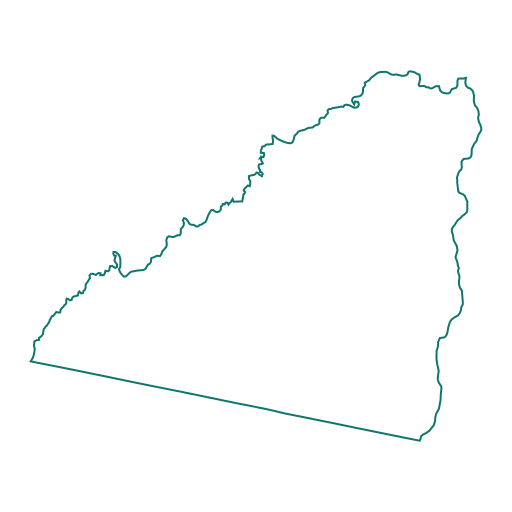 the district of Luciara, Mato Grosso, Brazil
{"feature_id": "56859067B22609509698935", "entity_name": "Luciara", "entity_type": "district", "adm_level": 2, "iso_a3": "BRA", "parent_name": "Brazil", "parent_adm1": "Mato Grosso", "projection": "natural_earth1", "projection_center": [-50.968, -10.98], "detail": "fine", "context": "isolated", "style": "outline", "palette": "teal", "viewbox_px": 512, "rotation_deg": 0, "n_neighbors": 0, "source": "geoboundaries", "source_scale": "gbopen_adm2", "svg_char_len": 5583}
<svg xmlns="http://www.w3.org/2000/svg" viewBox="0 0 512 512"><path d="M465.9,77.8L463.7,78.5L460.4,78.5L458.3,78.6L457.5,80.5L457.4,85.7L456.0,87.9L451.8,89.1L450.0,92.5L448.5,93.4L446.3,93.4L443.8,93.0L441.8,92.1L440.2,90.5L439.6,88.7L439.0,86.2L435.9,86.2L431.9,88.4L430.1,88.3L428.6,87.4L426.2,87.2L424.3,85.9L421.1,86.1L419.5,86.2L418.6,84.7L419.5,81.9L420.1,79.2L419.8,76.7L419.5,74.6L417.6,74.1L414.2,72.1L410.1,71.3L408.5,71.9L407.5,74.4L405.5,75.5L403.0,75.8L401.4,75.7L396.0,74.4L393.9,74.8L391.9,74.7L390.6,74.1L387.4,72.3L385.4,71.8L381.7,72.0L379.7,72.1L377.4,73.1L375.4,74.5L373.1,76.4L371.3,77.5L369.5,79.9L368.1,80.9L364.7,82.7L365.3,85.2L364.1,86.7L363.0,88.2L363.0,91.4L362.6,93.3L361.7,94.7L360.1,96.0L357.9,96.6L356.4,96.7L354.4,97.0L353.1,97.9L352.1,99.6L352.1,101.2L354.2,104.4L355.1,101.5L358.0,101.9L358.9,104.3L358.0,106.7L356.5,107.5L354.1,107.7L349.5,105.3L347.6,104.9L346.0,104.7L344.4,105.2L343.4,106.9L341.0,106.6L337.4,107.4L332.9,108.0L330.8,109.0L328.7,109.2L327.6,110.5L327.9,113.1L326.2,115.1L324.2,117.8L321.4,117.7L320.1,118.5L319.3,120.1L319.5,123.1L318.2,124.6L315.7,125.2L314.2,126.2L312.4,127.6L308.9,127.8L307.0,128.5L304.6,129.8L300.1,130.8L298.3,131.6L296.8,133.7L294.6,135.6L293.7,139.5L292.8,141.7L291.7,142.8L290.3,143.3L287.0,142.8L283.0,141.5L279.4,139.8L277.2,138.6L275.2,136.8L274.0,135.8L272.5,135.6L272.5,137.4L273.1,140.7L272.7,143.9L268.9,144.5L267.5,144.4L266.0,144.7L264.3,146.3L262.3,146.5L261.5,149.2L260.8,150.9L260.8,152.9L263.8,152.9L264.3,154.7L263.4,157.2L261.0,156.6L259.8,158.5L261.2,158.4L261.3,160.5L262.8,163.5L260.9,164.2L259.1,164.4L258.5,166.1L258.9,168.5L260.0,169.7L260.0,171.8L261.8,172.4L262.7,173.9L261.9,176.2L259.6,174.9L258.0,172.9L256.6,172.5L255.6,173.8L254.2,174.9L251.7,175.3L248.9,176.1L249.0,179.1L250.3,181.2L250.2,183.9L249.8,186.2L247.9,185.5L246.0,187.3L244.6,188.6L243.7,190.4L245.1,192.0L244.4,193.6L243.3,194.5L243.3,196.4L242.7,198.8L242.2,201.4L233.6,201.7L232.6,199.0L230.9,201.9L229.4,203.3L228.5,204.6L227.5,202.7L225.6,202.6L224.7,204.4L222.8,204.0L222.2,205.6L220.8,206.7L220.8,209.7L218.9,211.7L217.3,212.0L215.6,211.8L213.1,210.0L211.3,210.2L210.0,211.9L208.5,214.7L207.6,216.8L206.8,219.3L205.6,221.9L203.7,223.0L201.2,224.7L199.8,224.8L198.1,226.4L196.4,226.5L193.8,224.9L190.9,224.7L189.3,223.6L187.9,221.2L186.3,219.1L184.1,218.1L182.8,220.1L183.9,222.8L183.7,225.2L182.9,226.7L180.8,229.2L180.8,232.3L180.6,233.9L179.7,235.3L177.5,235.2L174.0,236.9L172.4,237.0L168.8,236.3L167.2,237.4L166.3,240.1L166.8,244.9L166.2,247.0L162.3,251.4L161.3,254.2L159.9,256.2L157.3,255.7L154.0,257.2L151.2,258.2L150.9,262.0L149.6,263.9L147.9,264.6L145.4,269.0L143.2,270.0L136.2,270.7L134.4,271.2L131.4,271.6L130.1,272.4L125.9,276.4L123.8,276.6L120.7,273.2L119.7,271.3L119.0,269.2L120.3,266.9L120.4,260.6L120.2,258.6L119.5,256.0L118.2,254.1L117.0,253.1L115.2,251.9L113.5,252.0L113.3,253.7L114.2,255.6L115.8,255.7L114.9,258.5L114.5,260.6L115.6,262.6L117.1,264.6L116.9,267.2L115.2,267.9L113.6,266.9L112.3,266.0L110.1,266.1L109.2,270.4L108.1,271.3L105.4,270.8L104.9,273.2L103.7,275.2L101.8,275.1L100.3,275.2L100.5,273.3L98.9,272.9L97.6,273.6L95.9,274.9L92.9,273.8L91.1,273.8L89.5,275.4L90.0,278.2L88.9,279.6L87.5,282.1L86.4,283.3L85.6,284.7L85.6,287.8L84.9,289.7L83.5,291.1L83.0,293.1L81.1,293.4L79.4,291.4L78.4,292.5L77.9,295.5L74.1,296.4L72.5,297.4L71.5,300.0L69.9,300.3L68.4,299.2L66.7,298.7L66.2,300.5L66.4,302.3L65.9,304.0L64.4,305.1L63.4,306.8L62.2,307.7L60.7,309.5L60.2,312.4L58.6,312.6L56.3,312.0L54.7,314.1L53.3,315.9L51.9,316.2L51.0,317.9L49.7,320.2L49.2,322.2L47.7,324.1L47.0,325.5L45.6,326.5L44.7,328.1L43.6,329.4L43.0,333.6L42.2,335.1L41.0,336.6L38.9,338.0L39.0,339.9L36.6,340.2L34.4,341.4L34.2,343.7L33.9,345.7L34.8,348.7L34.3,352.2L33.8,355.0L32.8,357.9L30.7,361.4L77.2,370.6L89.7,373.2L109.9,377.3L121.9,379.8L123.9,380.2L126.6,380.8L146.1,384.8L176.8,390.9L218.2,399.4L222.9,400.4L228.3,401.5L237.7,403.4L239.4,403.8L245.0,404.8L268.2,409.5L285.2,413.5L334.5,423.4L336.0,423.7L343.1,425.2L359.1,428.5L406.5,438.1L408.0,438.4L419.7,440.7L420.4,439.2L421.2,436.1L423.0,434.6L426.0,433.1L429.6,430.6L430.9,428.8L433.6,425.5L435.1,421.0L435.2,418.1L436.0,414.0L438.3,410.0L439.0,408.4L439.8,403.9L440.5,400.5L440.8,394.4L441.1,391.6L441.3,390.0L441.4,388.0L441.2,386.3L438.9,382.8L437.8,379.7L437.8,377.7L438.7,370.9L437.4,364.9L437.0,362.9L436.5,359.0L436.5,355.3L436.6,352.7L436.6,350.8L437.9,346.8L438.2,341.7L439.9,338.0L443.1,337.6L444.7,337.2L446.4,335.2L447.0,333.8L447.5,331.9L448.4,326.8L449.7,322.7L450.7,320.7L451.7,319.5L453.0,318.4L454.2,317.6L457.9,315.5L459.2,314.0L460.4,311.9L460.8,310.4L461.3,307.2L462.8,304.3L462.8,302.1L461.9,290.7L459.9,287.7L459.1,284.7L458.9,281.1L459.4,278.4L459.4,275.9L458.4,273.0L458.0,270.7L458.9,268.2L458.0,266.0L457.3,262.0L455.5,257.2L456.5,253.9L457.5,250.2L456.8,246.1L455.9,244.3L454.9,242.7L453.7,240.2L452.9,234.8L451.9,231.9L451.8,229.1L453.1,226.8L454.5,225.3L456.8,221.5L458.3,219.7L460.7,218.0L462.2,216.1L464.9,214.1L467.0,211.8L467.4,208.7L467.2,206.5L467.4,201.8L465.6,197.8L465.0,196.1L463.3,194.5L459.4,192.8L458.3,191.4L457.2,182.6L457.3,180.1L456.9,177.8L458.4,173.1L459.9,170.6L461.2,169.5L461.8,167.8L461.5,161.6L463.7,158.9L468.6,158.5L470.5,157.3L471.5,155.3L471.8,149.0L473.8,144.5L476.8,140.4L477.2,138.5L478.7,134.2L479.9,132.7L481.3,129.9L481.2,127.5L480.1,124.3L479.0,122.2L478.1,118.1L478.8,114.5L478.4,111.1L477.3,108.2L475.0,105.5L474.1,102.6L473.8,99.8L474.0,95.9L473.3,92.5L472.4,90.5L471.3,89.4L469.9,88.3L468.3,87.9L466.1,85.8L465.3,82.9L465.9,77.8Z" fill="none" stroke="#0f766e" stroke-width="2"/></svg>